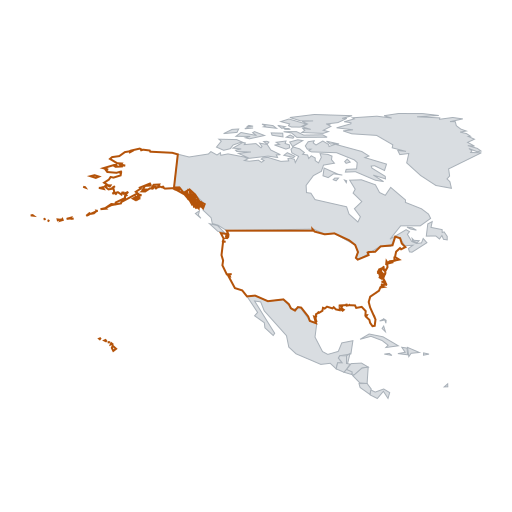 United States of America highlighted on a map of North America
{"feature_id": "USA", "entity_name": "United States of America", "entity_type": "country or territory", "adm_level": 0, "iso_a3": "USA", "parent_name": "North America", "parent_adm1": "", "projection": "robinson", "projection_center": [-126.716, 45.186], "detail": "fine", "context": "in_parent", "style": "outline", "palette": "amber", "viewbox_px": 512, "rotation_deg": 0, "n_neighbors": 17, "source": "natural_earth", "source_scale": "50m", "svg_char_len": 13512}
<svg xmlns="http://www.w3.org/2000/svg" viewBox="0 0 512 512"><path d="M226.6,230.6L217.9,225.1L212.3,223.5L211.1,217.7L203.1,210.2L204.8,204.0L189.5,189.4L183.7,192.7L174.0,187.5L177.9,154.2L189.1,157.0L208.4,154.0L210.9,151.6L217.0,155.0L220.4,152.7L220.8,155.3L228.0,153.9L244.2,157.0L247.9,158.8L244.4,160.5L249.2,161.2L258.4,160.2L261.5,162.3L264.1,160.5L261.2,159.1L262.7,157.9L267.9,157.4L280.9,161.4L288.7,160.9L287.9,158.7L290.1,158.1L294.4,159.3L295.3,162.6L298.6,156.4L291.9,152.9L291.0,149.3L293.2,147.0L299.7,148.9L304.4,152.6L302.6,154.3L307.6,155.0L308.7,158.5L311.3,155.8L315.2,158.0L315.2,160.6L318.5,162.9L321.3,157.4L320.1,153.6L327.8,154.4L332.0,156.1L331.5,159.7L334.4,163.2L323.5,165.1L321.4,171.3L313.4,175.6L306.1,185.4L306.5,192.6L310.9,193.2L315.0,199.6L346.6,206.8L349.0,214.0L357.9,222.0L360.4,216.8L354.4,208.7L361.8,201.6L353.1,193.1L355.2,189.2L349.7,180.2L361.4,179.8L375.4,184.8L379.5,192.5L385.3,195.3L390.7,187.4L405.5,200.0L405.4,202.4L421.5,208.8L428.5,214.1L430.6,218.4L420.3,225.8L400.7,225.8L390.0,239.2L406.1,229.7L409.5,231.6L407.4,234.3L411.7,241.5L416.5,243.5L421.5,242.9L423.2,238.5L426.9,242.7L412.0,252.2L409.5,251.9L408.4,248.5L413.0,245.2L404.6,245.8L400.2,238.2L395.2,236.7L390.8,246.3L380.1,246.4L358.6,259.6L356.0,258.4L358.0,252.1L355.2,245.0L334.4,233.4L324.3,234.0L313.5,229.1L226.6,230.6ZM333.2,179.7L334.7,178.1L338.5,178.1L336.1,180.8L333.2,179.7ZM330.4,144.1L326.5,141.2L339.1,144.0L333.7,143.8L330.4,144.1ZM346.3,182.7L344.5,180.0L346.7,180.8L346.3,182.7ZM293.9,137.0L293.0,138.2L286.3,137.2L290.2,135.0L293.9,137.0ZM290.3,129.4L284.9,129.3L284.0,128.5L288.6,128.5L290.3,129.4ZM277.8,125.4L285.3,126.7L281.9,128.4L277.8,125.4ZM327.1,137.2L296.9,137.4L291.6,133.0L283.6,131.7L296.4,131.6L303.7,135.1L322.6,134.8L327.1,137.2ZM246.5,127.8L253.1,128.0L244.8,128.8L246.5,127.8ZM248.8,125.4L253.1,126.2L246.7,126.8L248.8,125.4ZM432.2,221.6L431.0,227.4L442.1,229.6L442.2,232.5L444.1,231.9L447.2,236.4L447.2,239.9L443.5,239.3L441.9,235.5L439.5,239.0L435.8,236.0L426.3,236.1L427.8,223.9L432.2,221.6ZM324.1,168.0L338.0,174.2L342.3,175.1L333.6,173.8L328.2,177.6L323.0,175.8L324.1,168.0ZM329.1,146.5L335.3,144.3L361.8,151.5L368.9,156.0L364.9,157.6L386.5,164.1L384.5,170.5L374.5,165.7L371.2,166.1L371.9,168.1L385.2,176.3L385.5,178.9L373.3,175.1L383.6,181.6L375.3,180.2L355.4,171.7L345.4,172.1L346.2,169.4L356.6,168.9L357.2,162.6L354.3,159.9L336.5,152.7L311.4,151.9L308.8,150.7L310.9,149.2L307.3,149.2L305.3,145.9L308.2,141.7L314.2,140.8L313.2,142.9L316.0,145.0L322.8,141.0L328.5,144.4L329.1,146.5ZM289.7,142.0L297.8,139.8L302.7,140.6L292.6,146.5L289.7,142.0ZM223.6,133.6L232.1,129.4L238.7,129.0L237.0,132.4L223.6,133.6ZM195.4,213.5L199.4,210.8L198.4,215.2L200.9,218.3L195.4,213.5ZM262.0,124.1L273.0,125.6L276.5,128.3L263.5,126.8L265.4,126.0L262.0,124.1ZM224.5,232.6L217.8,231.3L209.5,223.7L217.5,225.6L224.5,232.6ZM218.9,139.2L236.7,139.6L241.9,141.9L233.1,145.0L230.2,148.7L223.7,150.3L216.5,147.1L221.3,141.2L218.9,139.2ZM254.5,131.6L264.5,135.5L249.5,138.8L245.4,137.8L250.2,136.4L236.0,136.3L241.0,132.5L256.5,135.5L252.6,132.7L254.5,131.6ZM259.6,143.1L267.2,144.5L270.8,150.0L280.4,154.7L276.3,154.9L277.6,157.5L268.1,156.1L249.4,158.3L238.5,153.4L250.9,152.0L236.9,151.5L235.5,150.2L241.2,148.9L232.9,148.1L242.8,142.4L245.4,143.0L244.3,144.6L255.9,143.6L261.0,147.8L262.0,146.5L259.6,143.1ZM279.5,144.4L276.2,142.3L286.0,141.0L285.1,143.5L289.3,144.9L289.7,147.8L285.9,149.1L274.5,145.0L279.5,144.4ZM263.7,141.5L266.9,141.3L268.9,142.1L267.2,144.2L263.7,141.5ZM271.2,132.9L282.7,133.2L283.0,136.9L272.1,135.2L271.2,132.9ZM280.8,121.6L288.9,119.0L306.1,124.0L300.3,127.1L291.5,127.0L288.5,125.7L289.6,123.9L280.8,121.6ZM289.9,117.5L314.3,114.5L352.1,115.7L342.1,118.4L346.8,118.4L337.9,122.6L326.0,124.0L329.3,124.4L328.1,124.9L330.9,126.4L323.3,130.3L328.4,131.6L323.2,133.4L301.8,132.5L304.8,130.4L302.6,128.3L310.7,129.4L302.6,126.9L307.6,124.0L302.2,121.4L313.1,120.9L300.4,120.8L289.9,117.5ZM350.2,162.1L346.1,163.3L344.7,161.6L347.2,159.1L350.2,162.1ZM287.3,152.7L294.9,156.3L293.6,157.5L283.9,155.3L287.3,152.7ZM407.0,227.2L412.3,227.8L416.4,230.2L410.5,229.0L407.0,227.2ZM412.1,238.4L413.9,240.3L419.2,240.7L417.1,242.6L412.6,240.9L412.1,238.4Z" fill="#d9dde1" stroke="#a8b0b8" stroke-width="1"/><path d="M407.1,348.1L407.6,354.8L397.9,353.6L405.2,352.3L401.8,347.3L407.1,348.1Z" fill="#d9dde1" stroke="#a8b0b8" stroke-width="1"/><path d="M408.8,356.6L407.5,347.4L419.3,352.5L411.1,353.3L408.8,356.6Z" fill="#d9dde1" stroke="#a8b0b8" stroke-width="1"/><path d="M379.6,321.0L383.1,319.3L383.3,320.4L379.6,321.0ZM383.2,318.5L386.1,320.3L385.9,323.2L385.0,320.6L383.2,318.5ZM382.1,328.5L383.7,326.1L385.4,331.7L382.1,328.5Z" fill="#d9dde1" stroke="#a8b0b8" stroke-width="1"/><path d="M384.1,115.7L398.6,113.5L422.8,113.6L438.8,115.5L417.1,116.8L439.8,117.9L439.5,119.3L452.7,117.5L462.8,118.9L450.0,121.6L455.3,121.7L456.3,125.7L460.8,129.1L466.2,131.0L460.1,132.1L466.5,133.6L470.4,136.2L468.3,136.5L474.4,139.2L467.6,142.4L474.5,146.1L467.8,145.6L477.3,148.4L481.0,151.0L477.1,151.7L468.9,148.5L471.9,150.8L470.7,152.5L481.3,152.8L448.6,168.9L449.6,176.0L447.0,178.9L449.9,181.7L451.4,188.3L435.9,185.5L420.6,175.5L406.7,162.9L408.8,153.5L399.8,154.6L397.8,150.5L406.0,151.4L392.2,147.8L392.8,144.8L376.6,135.4L351.8,133.8L343.1,130.9L353.0,129.8L336.6,127.8L350.9,123.8L351.0,122.7L344.2,121.7L354.3,118.9L352.4,117.8L376.9,116.2L391.7,118.1L384.1,115.7Z" fill="#d9dde1" stroke="#a8b0b8" stroke-width="1"/><path d="M247.0,296.4L255.1,295.6L267.9,301.2L283.2,299.5L292.6,309.5L300.3,307.5L310.2,321.2L316.8,323.2L315.0,337.1L322.5,351.6L327.8,354.4L338.3,351.4L341.8,342.9L352.9,340.7L350.9,353.9L339.9,355.7L338.4,358.0L342.2,362.8L337.6,362.8L336.2,368.9L330.2,363.3L320.8,364.4L296.0,353.8L288.8,347.1L286.5,335.7L264.2,310.8L260.7,301.9L254.6,301.0L274.7,333.3L273.2,335.5L264.9,327.8L264.3,322.7L254.6,315.8L257.6,312.4L247.0,296.4Z" fill="#d9dde1" stroke="#a8b0b8" stroke-width="1"/><path d="M389.7,392.6L388.0,398.4L383.4,391.3L377.3,398.5L370.3,395.0L369.8,389.4L375.2,392.1L383.7,389.0L389.7,392.6Z" fill="#d9dde1" stroke="#a8b0b8" stroke-width="1"/><path d="M371.2,389.0L369.8,394.4L360.1,387.5L359.0,383.6L367.1,383.5L371.2,389.0Z" fill="#d9dde1" stroke="#a8b0b8" stroke-width="1"/><path d="M367.1,383.5L359.8,382.9L352.6,375.5L362.0,367.9L368.2,367.1L367.1,383.5Z" fill="#d9dde1" stroke="#a8b0b8" stroke-width="1"/><path d="M368.2,367.1L362.0,367.9L353.8,375.2L346.4,369.4L351.2,363.6L361.5,363.1L368.2,367.1Z" fill="#d9dde1" stroke="#a8b0b8" stroke-width="1"/><path d="M346.4,369.4L352.2,372.0L351.7,374.5L343.9,372.2L346.4,369.4Z" fill="#d9dde1" stroke="#a8b0b8" stroke-width="1"/><path d="M336.2,368.9L337.6,362.8L342.2,362.8L338.4,358.0L339.9,355.7L346.5,355.8L346.5,363.5L350.1,364.1L346.4,369.4L343.9,372.2L336.2,368.9Z" fill="#d9dde1" stroke="#a8b0b8" stroke-width="1"/><path d="M346.5,355.8L350.0,353.6L347.6,363.5L346.5,363.5L346.5,355.8Z" fill="#d9dde1" stroke="#a8b0b8" stroke-width="1"/><path d="M423.6,352.9L429.0,354.1L423.5,355.2L423.6,352.9Z" fill="#d9dde1" stroke="#a8b0b8" stroke-width="1"/><path d="M384.3,354.1L389.3,353.4L391.9,355.4L384.3,354.1Z" fill="#d9dde1" stroke="#a8b0b8" stroke-width="1"/><path d="M369.1,334.0L383.0,336.8L398.3,345.8L385.9,347.5L388.1,345.2L382.0,340.5L370.9,336.3L360.1,339.3L369.1,334.0Z" fill="#d9dde1" stroke="#a8b0b8" stroke-width="1"/><path d="M444.2,386.9L447.7,383.8L447.8,386.8L444.2,386.9Z" fill="#d9dde1" stroke="#a8b0b8" stroke-width="1"/><path d="M380.6,246.4L392.5,245.3L395.2,236.7L400.1,238.2L401.8,243.5L405.4,247.1L401.1,249.3L400.0,248.1L396.1,251.7L395.0,257.0L399.2,259.6L395.4,260.4L394.4,259.1L394.4,260.8L389.9,261.2L386.9,263.3L387.0,262.1L386.5,261.3L386.2,264.2L387.3,264.7L387.5,267.2L385.8,270.3L383.0,268.4L384.1,266.4L382.7,267.8L383.7,270.0L385.0,271.2L385.4,272.6L383.4,277.8L383.7,274.5L380.9,271.5L381.8,268.3L379.7,269.2L381.4,274.0L378.9,272.6L378.2,272.7L378.6,271.2L378.5,270.8L377.9,271.9L378.1,272.9L381.8,274.8L378.8,273.7L381.9,276.1L380.4,276.3L382.3,278.2L382.0,278.4L381.1,277.5L378.9,277.0L381.8,278.8L383.4,278.7L385.8,283.1L383.8,279.7L384.6,281.9L381.5,281.5L385.0,283.0L384.0,285.0L381.0,284.3L382.9,285.3L381.6,286.3L383.5,287.0L380.3,287.5L379.0,290.7L370.2,296.7L368.7,302.0L370.1,307.4L375.5,319.5L374.7,325.8L372.5,326.2L370.1,322.8L369.4,319.9L366.0,316.7L366.9,315.2L365.4,315.3L365.7,311.1L361.7,306.9L356.2,307.9L355.0,305.4L349.5,305.2L350.1,304.3L349.2,305.2L346.8,305.6L346.6,303.8L346.3,305.1L338.8,305.5L342.1,306.4L341.2,308.1L343.7,309.8L342.6,310.7L339.7,308.4L339.7,310.2L335.9,309.4L333.7,307.2L332.5,308.4L327.0,306.7L324.0,309.1L324.7,308.4L323.0,307.8L322.4,310.8L319.2,312.7L317.7,311.8L318.6,312.8L316.1,314.1L315.4,317.4L314.2,316.8L316.0,323.2L309.8,320.9L308.2,316.5L301.2,307.6L297.9,307.1L295.0,310.6L290.9,308.3L288.9,304.2L283.4,299.4L267.9,301.2L255.1,295.6L247.0,296.4L242.2,290.4L234.9,288.1L228.5,276.2L229.9,276.4L229.1,274.3L231.7,274.1L226.8,274.4L222.4,265.3L223.1,260.5L221.5,255.1L223.1,241.6L225.6,241.8L222.9,241.3L223.6,238.6L220.8,233.1L226.8,234.0L225.8,237.0L227.6,234.9L227.5,237.3L226.1,238.0L227.2,238.1L228.2,237.0L228.5,234.5L226.7,230.7L312.7,230.7L312.5,229.2L314.6,231.6L324.7,234.3L334.4,233.4L349.1,240.3L355.2,245.0L358.0,252.1L355.9,257.8L357.7,259.6L368.6,255.1L367.6,252.5L368.6,252.0L375.1,251.8L380.6,246.4ZM204.7,204.1L203.0,208.3L201.6,206.8L202.5,206.2L201.8,203.3L199.5,204.1L198.5,205.3L200.3,202.9L196.7,199.7L194.8,199.2L194.4,197.5L195.9,197.8L194.7,196.8L195.7,196.6L193.3,195.9L193.9,194.2L191.3,194.4L189.8,190.8L190.3,195.2L188.0,194.6L187.4,192.2L187.1,193.3L185.0,192.3L187.5,194.4L185.9,195.2L177.1,190.3L178.1,188.8L178.6,190.1L179.5,189.3L178.3,188.6L175.4,189.7L172.7,188.2L164.9,188.6L162.9,187.4L163.7,186.2L162.0,187.3L158.4,186.0L159.2,184.5L153.6,184.8L152.4,186.9L154.3,186.9L152.7,188.7L150.0,188.3L145.1,191.5L142.2,191.4L145.1,189.5L142.8,189.5L145.0,185.9L151.4,185.5L148.9,184.4L150.8,183.2L139.9,187.6L140.7,188.6L135.8,191.8L137.6,193.3L121.4,202.0L120.9,203.4L111.5,205.1L105.4,208.0L111.3,204.0L115.3,204.4L115.7,202.5L125.0,198.0L125.0,196.0L126.4,195.4L125.6,194.6L128.2,191.9L123.8,193.8L123.1,192.9L124.4,192.5L122.3,192.5L121.5,194.6L117.9,192.2L112.5,193.7L114.3,192.0L113.2,187.6L114.9,186.2L112.4,187.7L112.5,188.7L108.5,189.4L105.1,186.7L107.1,185.4L109.8,186.5L110.5,185.4L106.2,185.3L107.1,184.6L104.1,182.7L108.9,179.6L110.6,177.0L113.5,177.6L120.6,175.4L121.0,173.2L119.8,172.6L121.8,171.3L116.5,172.8L107.3,172.0L105.8,170.0L108.1,169.5L103.3,168.2L114.1,165.0L116.1,164.9L116.3,165.1L114.8,166.3L115.6,166.8L122.8,166.4L120.9,165.8L119.4,164.0L120.1,163.8L121.6,165.5L125.2,165.6L121.1,164.6L121.8,163.5L117.1,163.2L110.0,158.9L112.1,157.1L119.3,156.1L124.9,152.1L129.6,151.3L129.9,152.3L131.4,151.5L129.8,151.1L130.9,150.6L139.7,148.6L141.7,149.6L140.4,150.5L143.2,149.7L149.7,150.5L150.3,151.7L172.3,152.8L177.8,154.4L174.0,187.5L179.4,187.4L183.7,192.8L189.5,189.4L195.2,194.6L199.5,201.4L204.7,204.1ZM135.8,196.7L140.3,197.7L138.2,198.0L138.8,198.6L137.0,199.0L135.6,199.7L134.7,200.7L135.3,199.9L132.9,198.6L134.9,197.5L135.9,198.7L135.8,196.7ZM194.4,202.4L198.3,205.6L197.4,205.2L197.0,205.6L198.9,206.6L198.7,208.5L193.9,204.5L195.2,203.9L193.8,203.8L194.4,202.4ZM113.3,350.9L111.8,347.9L112.7,345.8L116.1,348.8L113.3,350.9ZM90.5,176.2L94.6,175.2L98.9,176.6L95.8,177.9L90.5,176.2ZM186.0,196.2L190.6,196.1L189.5,197.0L190.6,198.1L188.8,197.4L187.7,198.2L186.0,196.2ZM102.8,187.2L103.8,189.0L98.9,187.9L100.6,187.8L102.8,187.2ZM189.1,197.9L191.3,201.0L191.1,202.8L189.0,199.0L187.9,199.9L189.1,197.9ZM190.8,194.8L192.7,195.6L193.8,197.5L192.5,196.0L193.6,198.5L192.0,199.7L190.8,194.8ZM100.5,209.2L105.3,208.1L106.0,208.7L100.5,209.2ZM201.1,203.8L201.2,206.6L199.4,206.6L201.1,203.8ZM391.5,262.4L393.4,262.1L386.9,263.8L392.1,261.7L391.5,262.4ZM193.3,199.9L196.3,200.3L195.1,200.5L195.5,201.9L193.3,199.9ZM90.6,213.9L96.0,211.5L93.9,213.3L90.6,213.9ZM139.1,194.6L141.5,195.2L137.3,195.8L139.1,194.6ZM192.1,200.5L193.9,201.2L192.5,203.4L192.1,200.5ZM90.2,213.8L88.3,215.0L86.3,215.8L89.4,213.2L90.2,213.8ZM197.9,201.8L197.8,203.9L196.9,202.9L197.9,201.8ZM110.7,344.5L111.2,343.1L112.2,343.9L110.7,344.5ZM70.3,218.5L66.6,218.9L70.8,217.7L70.3,218.5ZM195.6,206.6L196.6,208.6L194.6,206.3L195.6,206.6ZM105.5,340.0L106.6,341.6L104.4,340.5L105.5,340.0ZM155.3,189.0L156.5,187.3L157.1,187.6L155.3,189.0ZM30.7,215.4L32.6,215.1L33.4,215.7L30.7,215.4ZM100.8,338.0L99.8,339.2L99.2,338.7L100.8,338.0ZM62.3,219.0L62.7,220.0L61.0,220.5L62.3,219.0ZM59.2,219.6L57.8,220.2L57.6,219.4L59.2,219.6ZM83.2,186.8L85.1,187.2L85.4,187.6L83.2,186.8ZM158.3,186.9L159.6,187.1L157.9,187.2L158.3,186.9ZM197.1,202.0L196.3,202.7L195.9,202.3L197.1,202.0ZM193.7,205.5L195.1,205.5L193.9,206.4L193.7,205.5ZM70.7,218.5L72.6,218.6L73.6,218.7L71.1,218.8L70.7,218.5ZM107.7,342.4L108.9,342.1L109.8,342.3L107.7,342.4ZM61.0,219.3L59.0,220.2L61.0,219.3ZM227.3,233.1L228.1,234.6L228.1,234.9L226.9,233.7L227.3,233.1ZM97.7,210.9L96.7,211.1L96.5,210.7L97.7,210.9ZM316.6,322.1L315.6,319.4L315.6,317.9L315.8,319.5L316.6,322.1ZM115.9,194.0L115.4,193.6L116.7,193.2L115.9,194.0ZM48.4,220.5L49.2,221.4L47.7,220.3L48.4,220.5ZM137.7,199.4L136.8,199.9L136.6,199.7L137.0,199.2L137.7,199.4ZM44.8,219.2L43.7,219.3L45.3,218.6L44.8,219.2ZM316.0,316.5L315.6,317.7L316.5,315.4L316.0,316.5ZM373.9,315.5L374.9,317.9L373.7,315.2L373.9,315.5ZM386.3,284.6L385.7,285.5L385.9,283.3L386.3,284.6ZM385.3,273.6L384.7,274.9L385.3,273.2L385.3,273.6Z" fill="none" stroke="#b45309" stroke-width="2"/></svg>